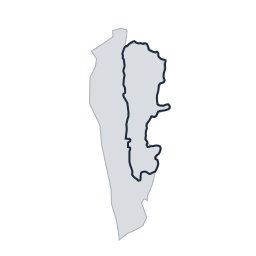 Lebanon, with Beqaa highlighted, rotated 327°
{"feature_id": "LBN-3022", "entity_name": "Beqaa", "entity_type": "Province", "adm_level": 1, "iso_a3": "LBN", "parent_name": "Lebanon", "parent_adm1": "", "projection": "natural_earth1", "projection_center": [36.105, 33.959], "detail": "fine", "context": "in_parent", "style": "outline", "palette": "slate", "viewbox_px": 256, "rotation_deg": 327, "n_neighbors": 0, "source": "natural_earth", "source_scale": "10m", "svg_char_len": 3350}
<svg xmlns="http://www.w3.org/2000/svg" viewBox="0 0 256 256"><g transform="rotate(327 128 128)"><path d="M139.1,43.6L155.0,43.6L165.2,43.2L168.2,38.0L176.2,40.4L180.6,45.3L176.6,50.6L170.9,56.6L171.3,58.1L175.5,58.6L182.7,61.9L187.2,65.7L194.5,89.4L190.0,99.1L182.9,107.8L179.8,108.6L173.6,112.9L168.4,118.8L166.6,122.6L167.0,126.1L174.3,130.5L174.5,132.2L173.0,133.6L167.1,132.6L159.4,132.2L154.9,132.2L149.7,133.1L143.0,138.4L140.0,142.0L138.4,144.2L136.0,151.5L138.7,156.5L143.7,159.3L144.4,160.8L143.3,163.3L138.3,166.4L134.5,170.3L133.5,174.2L129.3,178.0L126.7,179.8L121.8,184.9L117.0,189.1L107.2,195.6L104.9,199.5L102.8,196.0L98.5,198.3L94.9,213.1L87.4,218.0L78.0,217.5L70.2,216.1L59.7,217.1L64.0,208.5L68.5,197.4L72.9,182.4L80.6,169.9L96.7,127.7L105.9,110.6L109.2,86.3L123.5,65.1L134.1,58.8L139.3,52.8L139.1,43.6Z" fill="#d9dde1" stroke="#a8b0b8" stroke-width="1"/><path d="M129.4,178.0L127.1,179.4L125.5,179.0L121.3,178.5L121.0,178.2L120.6,177.7L119.8,175.7L119.5,174.9L119.0,174.2L117.1,173.1L115.3,172.5L114.9,172.7L114.2,173.1L113.0,174.5L112.0,175.7L111.2,177.0L110.3,178.1L109.6,178.4L107.9,177.8L107.6,175.4L107.2,174.8L106.7,173.8L106.6,173.4L106.2,171.9L106.0,169.2L106.8,168.5L107.1,168.1L107.8,167.1L108.1,166.6L108.3,165.9L109.6,160.5L110.6,157.7L111.2,156.5L116.5,148.3L117.4,147.8L117.8,147.5L118.2,146.9L119.0,146.0L119.0,145.7L119.0,145.4L117.6,144.0L120.1,140.2L120.8,140.2L121.8,140.3L122.1,140.3L122.4,140.3L122.7,140.2L122.9,140.0L123.1,139.8L123.7,138.8L123.3,138.0L120.3,135.7L126.2,128.5L127.8,125.7L128.2,124.8L128.2,124.5L129.3,123.3L133.4,119.4L134.4,118.9L137.0,115.0L141.1,106.6L141.4,99.8L141.5,99.0L142.3,97.1L144.4,96.9L144.6,96.9L144.9,96.7L145.2,96.3L147.1,93.0L147.4,92.1L147.7,89.2L151.1,84.8L153.9,81.8L154.9,78.2L155.1,77.8L155.4,77.3L156.2,76.5L158.0,75.0L158.8,74.2L159.2,73.7L161.7,68.4L161.8,68.1L161.5,66.7L163.2,64.5L163.3,64.2L163.4,63.9L163.4,63.5L163.4,63.2L163.5,63.1L163.6,62.9L163.9,62.4L168.0,59.2L169.3,58.5L171.2,58.2L171.3,58.2L171.5,58.7L171.8,58.8L172.0,58.8L172.3,58.8L172.5,58.7L174.3,58.2L177.0,58.1L179.4,58.3L180.7,58.7L181.3,60.6L182.2,62.1L183.4,63.1L185.0,63.8L186.3,65.5L186.9,65.9L187.6,65.7L189.0,66.7L189.5,67.7L189.5,69.0L189.2,70.8L188.9,71.6L188.6,72.1L188.3,72.7L188.2,73.6L188.5,74.5L188.9,75.4L190.9,78.2L191.9,79.3L192.5,79.6L193.2,79.5L193.8,79.7L194.2,80.5L194.1,82.0L193.2,83.2L192.5,84.7L192.9,86.8L193.5,88.4L195.7,90.6L196.2,91.7L196.3,91.8L193.7,94.7L191.6,98.4L187.5,101.9L185.8,104.2L185.2,105.8L185.0,107.1L184.6,108.2L183.1,109.0L181.8,109.0L179.9,108.3L178.8,108.2L176.9,109.2L173.9,113.1L170.2,116.4L168.8,118.2L167.6,120.2L165.6,124.3L165.8,124.7L166.3,125.7L166.9,126.4L169.6,128.6L173.2,129.2L174.8,130.2L174.9,132.5L173.8,134.0L172.1,134.3L168.7,133.4L164.0,131.1L162.4,130.7L161.0,131.3L159.7,132.3L158.3,133.3L156.4,133.3L155.6,132.8L154.5,131.3L153.9,131.0L150.6,133.0L149.0,133.7L147.3,134.2L145.8,134.8L144.9,136.0L143.7,138.4L140.7,141.1L139.4,143.0L138.9,144.3L137.2,145.8L136.5,146.8L136.4,147.8L136.7,149.8L136.4,150.9L136.0,151.3L134.8,151.8L134.4,152.2L134.1,154.6L135.3,155.3L137.3,155.7L139.4,157.0L140.7,157.3L142.4,158.2L143.9,159.4L144.7,160.6L144.5,162.7L143.0,164.4L141.2,165.7L139.4,166.5L137.3,166.5L135.1,167.2L134.1,168.7L135.3,171.0L133.9,174.6L131.1,177.0L129.4,178.0Z" fill="none" stroke="#1e293b" stroke-width="2"/></g></svg>